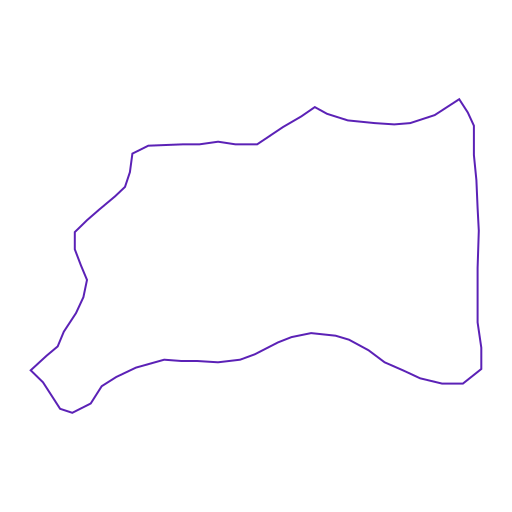 Gastria, Cyprus
{"feature_id": "46923920B84775184962851", "entity_name": "Gastria", "entity_type": "district", "adm_level": 2, "iso_a3": "CYP", "parent_name": "Cyprus", "parent_adm1": "", "projection": "equal_earth", "projection_center": [33.989, 35.335], "detail": "fine", "context": "isolated", "style": "outline", "palette": "violet", "viewbox_px": 512, "rotation_deg": 0, "n_neighbors": 0, "source": "geoboundaries", "source_scale": "gbopen_adm2", "svg_char_len": 936}
<svg xmlns="http://www.w3.org/2000/svg" viewBox="0 0 512 512"><path d="M459.2,99.2L434.7,115.1L410.2,123.1L394.3,124.4L374.7,123.1L347.8,120.4L327.0,113.8L314.8,107.1L301.3,116.4L282.9,127.1L257.2,144.3L235.2,144.3L218.1,141.7L199.7,144.3L183.8,144.3L148.3,145.7L132.4,153.6L129.9,172.2L125.0,186.9L115.2,196.2L99.3,209.5L87.1,220.1L74.8,232.1L74.8,238.3L74.8,249.3L80.9,265.3L87.0,279.9L83.4,297.2L76.0,313.1L63.8,331.7L57.7,346.4L46.6,355.7L30.7,370.3L43.0,382.3L60.1,408.8L72.3,412.8L90.7,403.5L101.7,386.2L116.4,376.9L136.0,367.6L164.2,359.7L181.3,361.0L197.2,361.0L218.0,362.3L240.1,359.7L254.8,354.3L278.0,342.4L291.5,337.1L311.1,333.1L335.6,335.7L349.0,339.7L368.6,350.3L384.6,362.3L402.9,370.3L420.1,378.3L442.1,383.6L462.9,383.6L481.3,369.0L481.3,347.7L477.6,322.4L477.6,295.8L477.6,267.9L478.8,230.7L477.6,208.1L476.4,180.2L473.9,155.0L473.9,125.7L467.8,112.5L459.2,99.2Z" fill="none" stroke="#5b21b6" stroke-width="2"/></svg>